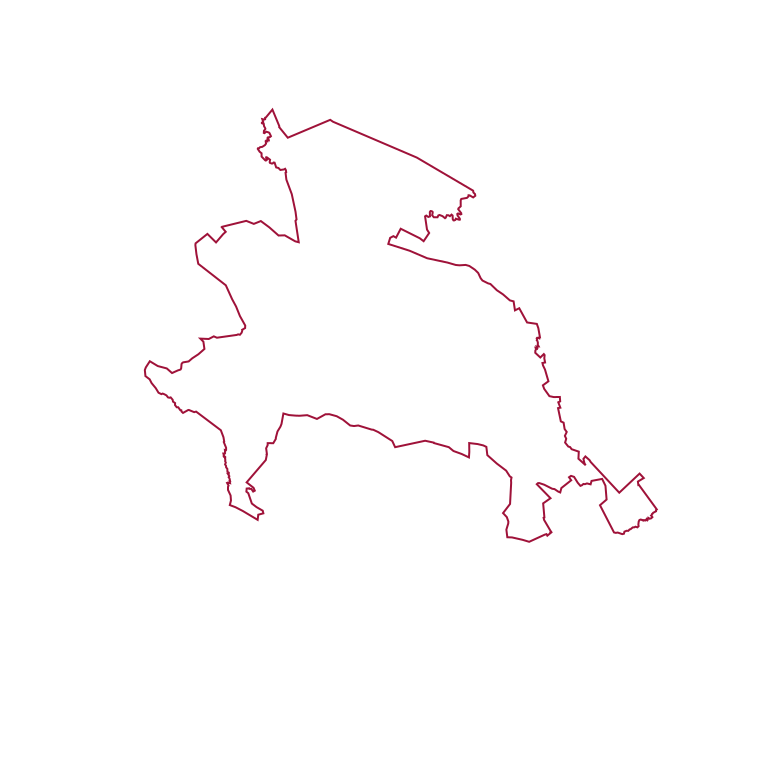 the district of Kaives pag., Vecpiebalgas, Latvia, rotated 228°
{"feature_id": "27541924B86387846906817", "entity_name": "Kaives pag.", "entity_type": "district", "adm_level": 2, "iso_a3": "LVA", "parent_name": "Latvia", "parent_adm1": "Vecpiebalgas", "projection": "natural_earth1", "projection_center": [25.604, 57.037], "detail": "fine", "context": "isolated", "style": "outline", "palette": "rose", "viewbox_px": 768, "rotation_deg": 228, "n_neighbors": 0, "source": "geoboundaries", "source_scale": "gbopen_adm2", "svg_char_len": 6166}
<svg xmlns="http://www.w3.org/2000/svg" viewBox="0 0 768 768"><g transform="rotate(228 384 384)"><path d="M108.3,501.7L108.2,502.8L138.4,505.9L138.7,505.4L141.6,507.4L140.3,514.1L146.4,514.0L145.8,486.1L187.7,485.4L189.9,485.8L195.4,485.2L194.9,482.1L190.9,479.9L188.7,479.5L198.4,478.5L203.4,483.5L210.0,479.8L212.6,480.1L214.2,479.1L219.3,479.4L221.4,482.8L224.4,483.7L226.1,487.7L229.7,488.1L235.1,491.6L237.9,490.4L249.6,497.2L248.4,499.2L253.8,501.3L253.2,503.3L256.7,506.0L260.7,501.4L264.3,498.8L273.2,499.8L276.7,501.2L276.0,508.0L287.0,513.3L291.4,514.6L293.6,515.8L292.2,518.1L295.8,520.3L298.0,522.7L299.3,522.8L299.1,517.9L306.0,517.3L307.6,518.9L308.0,520.2L309.1,520.7L307.7,521.3L308.0,522.0L309.9,522.5L308.4,524.1L310.4,524.6L311.6,525.9L313.3,526.8L314.3,526.8L315.2,528.3L315.8,528.2L315.9,528.7L315.2,529.5L314.0,530.0L314.9,531.1L314.6,531.3L322.3,536.1L326.4,537.8L334.0,531.5L349.8,535.2L351.1,530.6L358.7,535.6L361.9,533.5L371.0,532.4L378.2,530.6L387.1,530.0L389.1,528.7L395.0,526.4L397.9,526.6L403.5,528.3L408.2,528.0L414.6,526.4L417.8,524.4L421.7,519.5L424.4,517.0L431.8,512.4L448.6,500.2L465.9,492.2L485.2,480.9L488.5,486.4L487.6,489.9L484.7,490.9L488.2,500.3L468.4,508.1L463.6,509.0L466.0,518.6L470.0,519.3L481.1,526.7L480.9,528.1L478.5,528.7L477.8,530.3L481.1,533.1L481.4,534.3L480.5,535.1L479.4,535.3L478.7,534.8L477.2,532.7L474.6,532.6L472.1,535.3L472.9,537.2L472.4,538.4L469.6,539.8L466.4,540.3L466.3,541.2L467.4,543.6L466.3,544.8L464.6,545.3L464.7,547.5L463.3,547.7L460.5,545.4L459.2,545.1L458.7,545.4L458.2,546.8L458.8,548.0L455.7,549.8L455.4,550.4L456.2,551.0L460.0,551.4L461.3,552.2L461.2,553.2L458.9,554.2L458.5,555.1L459.3,555.7L464.2,556.1L464.7,556.8L464.7,559.9L469.2,563.9L469.8,565.3L466.8,570.2L466.9,572.2L467.7,573.1L466.8,573.9L463.0,575.1L462.8,577.8L464.2,578.7L466.5,578.6L468.0,579.6L530.3,559.9L613.0,521.6L616.3,520.8L631.4,477.3L645.1,478.0L645.6,478.7L662.6,484.7L661.1,474.4L661.4,473.8L660.3,472.8L660.6,472.0L662.3,470.8L659.8,469.7L659.9,468.1L659.6,467.8L659.0,467.9L658.6,468.9L658.1,468.9L655.9,467.4L653.3,466.8L652.8,466.2L652.5,464.2L651.0,462.7L650.4,463.0L650.3,465.3L648.0,466.7L647.1,466.8L643.8,465.8L643.8,464.7L644.8,462.9L642.1,461.4L642.5,460.9L643.7,461.0L642.5,459.7L643.7,459.2L643.7,458.6L641.6,457.2L641.2,455.3L641.7,452.2L642.9,450.4L642.8,449.0L643.5,448.1L643.2,447.5L639.8,447.0L637.4,447.4L634.9,445.2L629.7,445.4L629.1,445.7L629.0,447.1L631.0,447.7L631.3,448.2L630.9,448.6L626.9,449.4L625.4,447.5L624.7,447.2L622.9,448.1L622.4,448.8L622.5,450.1L621.7,450.8L617.1,448.8L615.2,450.1L612.4,450.2L610.4,453.2L610.1,454.5L608.6,454.2L606.8,453.0L606.9,452.2L601.2,448.2L586.8,442.5L571.2,433.5L564.8,429.1L564.5,427.4L546.4,415.5L549.4,413.5L560.9,409.7L564.9,405.0L577.1,403.6L587.5,401.5L590.1,394.4L597.4,390.8L609.2,368.8L609.2,368.4L603.0,368.2L603.0,364.8L601.6,353.9L613.7,353.2L614.6,338.1L613.5,336.8L606.0,331.5L597.6,326.4L563.2,332.5L548.7,327.9L540.5,325.9L530.9,322.4L520.3,320.0L518.5,318.2L519.2,314.9L518.8,314.8L517.4,312.6L517.0,309.9L518.5,308.8L519.0,307.4L530.2,290.8L533.3,289.4L534.7,283.9L540.6,277.9L536.3,278.1L530.2,274.0L530.3,266.0L531.4,258.7L531.5,253.9L534.5,249.2L534.6,247.9L534.3,246.9L531.4,243.8L530.9,242.6L531.1,241.9L532.0,240.0L534.0,233.8L540.9,233.0L548.7,227.9L557.6,225.2L555.7,218.1L554.4,215.6L549.5,212.0L544.3,213.0L540.2,211.9L533.7,211.6L528.4,210.6L525.4,211.8L525.0,213.1L523.4,213.9L521.1,214.7L518.6,214.5L517.4,215.3L516.8,216.5L513.7,216.4L512.1,215.4L509.6,216.0L508.2,214.6L505.4,214.4L504.4,215.5L500.9,215.1L500.1,215.8L499.0,215.1L497.0,215.3L495.7,221.0L495.3,221.6L490.1,224.1L489.2,225.9L458.8,231.8L451.9,229.1L448.1,226.7L448.1,226.1L442.3,224.0L440.6,222.5L440.5,221.8L441.3,221.5L439.7,220.3L439.6,219.6L438.8,219.3L439.0,218.1L439.4,217.9L438.2,217.3L437.8,216.6L437.3,216.4L437.0,217.1L436.0,217.2L435.2,216.4L435.5,216.3L433.6,215.2L433.1,214.4L431.4,213.8L430.6,212.1L428.8,211.8L427.7,210.9L425.8,210.8L423.5,208.9L422.1,209.3L421.8,208.6L421.3,208.7L420.8,208.2L421.3,207.8L419.0,207.4L418.7,206.2L417.2,206.0L415.4,205.0L415.4,204.5L414.3,204.3L414.3,203.6L413.4,203.2L414.4,202.5L414.4,202.1L415.2,202.0L415.5,201.2L412.5,200.5L412.0,199.3L409.7,197.2L403.8,195.4L399.8,192.3L397.2,188.4L391.8,191.2L384.1,194.1L367.6,199.2L371.0,203.1L368.6,207.8L371.0,209.1L377.8,206.9L383.6,205.8L393.7,210.1L396.1,209.7L398.2,212.0L396.7,214.0L396.2,213.8L394.8,215.2L391.6,214.8L391.2,216.6L394.2,217.6L402.8,216.1L406.6,245.3L410.0,249.8L410.3,249.7L410.7,250.4L415.1,253.4L416.4,256.6L417.9,258.0L414.1,262.1L415.6,266.9L416.4,267.6L420.0,273.1L421.6,278.5L422.9,281.1L429.4,289.5L424.5,292.6L419.8,297.0L416.9,300.0L412.2,306.1L402.9,310.8L400.7,320.2L398.1,323.2L391.7,327.3L384.9,329.6L375.8,331.1L372.8,333.6L370.4,337.1L358.4,344.3L357.2,345.4L352.0,347.6L336.1,352.0L329.6,350.0L314.3,376.6L307.1,381.8L306.7,381.6L293.7,389.9L287.7,390.8L280.0,394.9L272.6,398.0L276.4,401.9L283.1,407.8L276.7,413.4L271.9,416.7L268.8,418.0L262.0,413.2L249.4,414.6L237.9,416.8L231.2,415.7L229.2,416.2L227.6,414.1L225.5,412.4L210.5,397.4L208.4,386.1L202.9,386.2L198.6,384.4L197.2,383.0L193.9,377.5L187.6,373.1L184.3,376.5L175.5,382.7L169.6,386.3L164.5,402.6L163.7,404.3L162.0,403.9L161.7,410.1L162.4,408.2L163.1,409.4L175.8,412.0L177.8,413.1L177.5,413.9L188.8,422.4L187.7,431.3L207.3,430.5L207.3,432.1L206.5,433.1L201.9,435.7L193.6,438.9L191.8,440.4L187.4,441.5L185.5,442.4L188.0,446.2L187.2,458.7L190.9,459.1L190.6,461.5L187.8,463.1L181.0,461.9L176.9,461.8L176.3,463.4L176.3,465.3L175.1,466.3L174.3,468.3L171.2,470.4L173.1,473.4L167.5,482.6L160.2,480.5L149.2,472.1L149.4,463.4L119.8,455.6L118.3,456.6L117.2,458.3L113.0,460.6L112.2,462.1L113.4,463.9L112.6,466.1L111.4,467.3L111.6,469.2L111.1,470.1L111.0,472.9L110.0,474.1L109.7,475.4L107.9,476.4L108.0,478.1L109.4,479.0L111.4,481.3L112.0,482.9L111.4,484.2L109.2,485.2L109.4,485.6L108.4,486.2L108.3,486.8L107.6,487.1L107.8,488.0L106.9,488.3L107.6,489.0L107.0,489.2L107.6,489.8L107.0,490.4L107.5,490.9L106.1,491.3L105.4,492.7L105.5,494.4L107.5,494.5L107.4,495.1L108.1,496.4L107.9,497.0L108.2,497.8L107.4,501.0L108.3,501.7Z" fill="none" stroke="#9f1239" stroke-width="2"/></g></svg>